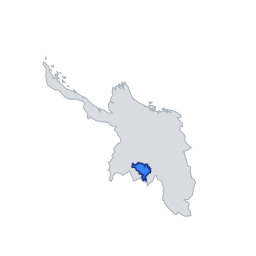 Lashio, Shan, Myanmar (highlighted), rotated 139°
{"feature_id": "60261553B9019752921327", "entity_name": "Lashio", "entity_type": "district", "adm_level": 2, "iso_a3": "MMR", "parent_name": "Myanmar", "parent_adm1": "Shan", "projection": "orthographic", "projection_center": [98.2, 22.767], "detail": "fine", "context": "in_parent", "style": "filled", "palette": "blue", "viewbox_px": 256, "rotation_deg": 139, "n_neighbors": 0, "source": "geoboundaries", "source_scale": "gbopen_adm2", "svg_char_len": 7281}
<svg xmlns="http://www.w3.org/2000/svg" viewBox="0 0 256 256"><g transform="rotate(139 128 128)"><path d="M165.4,115.4L162.9,114.2L161.1,115.4L158.2,115.0L158.6,117.4L156.9,118.3L154.1,118.1L152.4,121.8L146.4,122.8L142.5,122.1L140.4,125.5L140.2,129.3L139.2,131.6L139.6,135.5L137.0,136.6L135.5,136.3L136.3,138.2L138.3,139.0L139.5,143.1L139.1,144.7L147.2,154.2L149.7,161.6L151.6,160.6L152.2,161.3L151.4,163.3L148.9,164.8L148.6,172.7L144.5,174.6L144.6,177.2L145.1,179.0L148.7,184.2L152.8,187.8L155.1,191.6L155.6,197.1L155.0,199.4L156.1,202.7L158.2,204.9L160.6,213.6L155.8,221.3L150.9,226.4L150.3,231.7L148.7,233.5L148.0,231.8L147.6,226.2L150.0,222.7L150.7,215.8L152.2,214.4L151.4,213.7L149.5,214.2L150.2,208.6L149.1,208.4L150.0,207.2L148.8,197.9L145.1,191.4L144.6,188.6L144.0,192.4L143.6,191.6L143.4,186.5L141.3,180.9L141.5,180.4L142.5,180.9L141.6,179.6L140.9,179.9L140.2,178.5L139.1,166.8L137.7,165.2L138.3,160.1L139.3,158.9L135.4,159.4L133.6,155.1L133.5,152.7L129.7,149.2L130.3,150.3L129.6,151.5L130.3,153.5L128.6,157.1L127.0,158.8L124.9,159.5L123.3,158.4L122.9,156.4L122.3,156.4L123.7,160.2L117.5,163.2L116.5,165.4L113.2,168.3L112.3,167.9L112.8,164.0L110.9,167.1L108.3,167.1L107.8,162.9L106.7,165.3L105.2,166.0L105.7,159.1L105.3,161.1L102.8,163.8L100.3,164.6L101.0,158.9L104.4,149.8L104.7,146.8L103.1,139.5L100.4,133.3L101.2,133.2L99.3,131.4L99.2,126.8L98.0,128.4L97.8,131.3L95.4,129.7L93.2,125.7L94.1,125.4L96.8,127.3L98.3,126.3L98.7,125.0L94.6,121.0L95.7,119.5L94.3,119.5L90.8,117.5L89.7,117.8L90.2,119.5L89.4,119.9L88.1,117.4L89.1,116.2L88.3,116.1L88.9,113.9L88.6,113.6L86.8,116.4L85.8,115.7L87.0,114.3L86.6,113.4L85.1,111.6L85.1,114.7L81.6,109.7L79.7,102.9L81.4,101.3L84.2,103.4L84.2,95.2L85.5,93.5L88.4,95.0L89.3,93.0L90.5,92.5L89.9,86.8L90.9,83.2L92.9,82.7L93.5,79.7L93.9,75.8L93.1,71.3L94.8,72.4L96.8,72.1L101.5,73.7L103.4,68.6L107.9,60.3L106.4,58.4L106.7,57.2L110.6,52.8L112.6,48.9L111.9,45.4L112.8,42.5L116.3,40.7L123.9,35.0L129.5,34.3L131.7,36.6L133.2,36.8L131.0,31.3L135.7,27.3L135.6,24.1L137.8,20.7L139.1,20.9L140.2,22.5L141.4,22.5L143.5,25.0L145.6,31.8L147.2,30.6L149.2,31.6L150.1,41.7L149.6,47.5L148.4,48.9L149.3,51.3L147.3,52.2L146.0,54.5L144.0,54.7L142.6,57.9L140.6,58.4L139.5,60.9L139.7,62.8L138.1,63.9L137.5,67.2L138.9,68.5L139.4,70.2L137.8,73.9L139.1,74.1L144.7,71.6L148.6,72.1L151.3,71.5L149.6,74.0L151.3,77.2L151.6,82.3L157.5,83.6L158.5,84.9L157.2,86.5L155.2,94.6L163.0,95.6L163.3,98.8L165.0,99.9L165.2,101.6L166.3,102.1L170.5,102.0L172.9,99.8L176.1,98.8L176.3,100.6L175.6,101.9L172.2,103.8L169.8,107.5L169.7,108.4L170.8,109.1L166.8,110.6L165.4,115.4ZM95.6,123.6L98.1,125.2L97.6,126.3L96.0,126.3L94.9,124.3L95.6,123.6ZM145.8,203.5L147.5,205.8L145.9,207.4L145.8,203.5ZM95.1,133.7L93.8,132.8L93.0,131.5L95.8,131.6L95.1,133.7ZM148.2,213.4L148.3,216.4L147.2,216.1L146.6,213.6L148.2,213.4ZM104.1,164.7L102.4,166.6L102.1,164.9L104.6,162.6L104.1,164.7ZM137.6,162.5L136.6,161.9L136.4,160.1L137.3,159.6L137.9,160.4L137.6,162.5ZM144.8,217.1L144.6,216.1L145.7,213.7L145.5,215.8L144.8,217.1ZM144.2,222.8L145.6,225.1L145.4,225.5L144.1,223.7L143.2,223.8L144.2,222.8ZM149.2,211.7L147.7,212.3L147.6,210.2L149.2,211.7ZM145.6,233.3L143.6,235.3L143.9,234.2L145.6,233.3ZM87.6,117.7L88.2,120.2L87.1,117.2L87.6,117.7ZM145.9,198.7L145.8,200.5L145.3,197.5L145.9,198.7ZM93.3,119.7L93.5,121.3L92.5,119.0L93.3,119.7ZM143.8,209.5L142.7,208.5L143.1,207.9L143.7,208.0L143.8,209.5ZM143.1,206.8L142.3,208.0L141.6,207.3L142.2,206.7L143.1,206.8ZM143.2,214.2L143.2,215.3L142.4,212.8L143.2,214.2ZM106.7,167.0L105.9,167.0L107.0,165.7L107.1,166.2L106.7,167.0ZM148.5,223.0L147.7,222.8L148.3,221.6L148.5,223.0Z" fill="#d9dde1" stroke="#a8b0b8" stroke-width="1"/><path d="M138.8,81.0L138.7,81.1L138.8,81.3L139.1,81.4L139.0,81.8L139.2,82.0L139.0,82.3L138.9,82.3L138.9,82.1L138.7,82.1L138.6,82.3L138.4,82.3L138.2,82.4L137.9,82.5L138.0,82.6L138.2,82.9L138.4,82.9L138.5,82.9L138.6,83.4L138.4,83.4L138.1,83.5L138.1,83.9L137.9,83.9L137.6,83.9L137.6,84.0L137.7,84.3L137.9,84.3L137.8,84.5L138.2,84.7L138.4,84.5L138.6,84.6L138.5,84.8L138.4,84.9L138.5,85.0L138.4,85.0L138.3,85.3L138.2,85.3L138.3,85.4L138.3,85.5L138.2,85.6L138.2,85.8L138.2,86.0L138.3,86.1L138.0,86.4L137.9,86.6L137.6,86.8L137.4,86.9L137.4,87.0L137.6,87.1L137.4,87.4L137.4,87.5L137.2,87.8L137.4,87.9L137.5,87.9L137.7,88.1L137.8,88.1L137.9,88.5L138.0,88.5L138.1,88.8L138.5,88.9L138.8,88.7L139.3,88.7L139.4,88.8L139.5,88.7L139.5,88.8L139.6,88.7L139.8,88.5L139.8,88.4L140.1,88.2L140.2,87.9L140.3,87.7L140.4,87.8L140.6,87.9L140.7,88.0L140.7,88.5L140.5,88.8L140.5,89.1L140.1,89.7L140.2,90.0L140.2,90.3L140.2,90.5L140.2,90.9L140.3,91.3L140.3,91.6L140.3,91.9L140.7,92.1L140.9,92.2L141.2,92.2L141.4,92.4L141.5,92.4L141.7,92.6L141.6,92.8L141.9,93.1L142.0,93.2L142.0,93.6L142.1,93.8L142.3,94.0L142.6,94.1L142.6,94.3L142.4,94.4L142.5,94.4L142.4,94.4L142.4,94.5L142.5,94.7L142.9,94.5L143.1,94.4L143.3,94.5L143.5,94.5L143.9,94.8L143.9,95.0L144.0,95.1L144.0,95.3L144.3,95.2L144.6,94.9L144.7,95.0L144.8,94.9L145.4,94.8L145.6,94.8L145.7,94.7L145.8,94.8L146.0,95.1L146.2,95.3L146.3,95.3L146.4,95.2L146.6,95.3L147.0,95.2L147.0,95.3L147.1,95.5L146.9,95.6L147.0,95.8L147.1,96.0L147.3,96.2L147.4,96.3L147.5,96.3L147.6,96.6L147.6,96.9L147.5,97.0L147.5,97.3L147.4,97.6L147.3,97.8L147.5,97.9L147.8,97.8L147.8,97.7L148.0,97.8L148.0,97.7L148.4,97.5L148.7,97.3L148.8,97.1L149.3,96.9L149.5,96.7L149.9,96.6L150.0,96.5L150.1,96.4L150.2,96.2L150.3,96.0L150.2,95.9L150.2,95.7L150.5,95.7L150.5,95.8L150.6,95.7L150.6,95.4L150.0,95.2L149.6,95.0L149.4,94.7L149.3,94.4L149.1,94.3L149.1,94.2L149.0,93.9L148.8,93.7L148.7,93.4L148.5,93.2L148.5,92.6L148.6,92.4L148.7,92.2L148.8,92.0L148.8,91.8L148.9,91.7L149.0,91.6L149.0,91.4L149.1,91.1L149.3,90.9L149.2,90.8L149.2,90.2L149.0,89.7L148.6,89.1L148.6,88.8L148.4,88.8L148.4,88.7L148.4,88.2L148.2,88.0L148.2,87.9L148.3,87.7L148.0,87.2L148.3,86.7L148.5,86.6L148.9,86.6L149.3,86.5L149.4,86.3L149.5,86.1L149.5,85.7L148.6,85.3L148.4,84.9L148.1,85.0L147.9,85.0L147.9,84.9L147.8,84.6L147.6,84.5L147.6,84.2L148.0,83.9L148.3,83.7L148.4,83.4L148.0,83.2L148.0,82.9L147.9,82.9L147.5,82.7L147.4,82.6L147.0,82.4L147.2,82.2L147.4,82.3L147.4,82.2L147.6,82.1L147.8,82.2L148.0,82.1L147.9,82.1L148.5,81.9L148.8,81.8L149.0,81.9L149.3,82.0L149.5,81.9L149.8,81.6L150.0,81.7L150.1,81.0L150.1,80.9L150.0,80.5L149.9,80.4L150.1,80.3L150.1,80.2L149.9,80.1L149.6,79.9L149.6,79.7L149.8,79.4L150.1,79.5L150.2,79.4L150.3,79.4L150.2,79.6L150.3,79.6L150.5,79.2L151.0,79.1L151.0,78.9L151.0,78.6L150.9,78.6L150.7,78.4L150.5,78.2L150.2,78.3L150.1,78.5L149.9,78.6L149.6,78.8L149.4,78.8L149.2,78.9L148.9,79.2L148.6,78.9L148.7,78.7L148.8,78.5L148.9,78.3L149.0,78.1L149.2,77.9L149.3,77.7L149.2,77.3L149.0,77.0L149.0,76.9L148.8,76.6L148.7,76.4L148.6,76.7L148.6,76.8L148.5,77.0L148.3,77.3L148.2,77.3L148.1,77.5L147.9,77.9L147.6,78.1L147.3,78.7L147.5,79.0L147.5,79.3L147.4,79.4L147.4,79.5L147.0,79.5L147.0,79.9L147.0,80.0L146.5,80.1L146.2,80.1L145.9,80.1L145.6,80.0L145.3,80.1L145.2,79.9L144.8,80.2L144.5,80.4L144.3,80.4L144.1,80.3L143.9,80.2L143.7,80.0L143.6,79.9L142.8,80.5L142.6,80.6L142.4,80.6L142.1,80.6L141.9,80.7L141.4,80.6L141.0,80.4L140.9,80.2L140.8,79.9L140.7,79.9L140.4,79.9L140.4,80.0L140.2,80.0L140.2,79.9L140.1,80.0L139.9,80.2L139.8,80.3L139.7,80.4L139.4,80.5L139.3,80.8L139.3,81.0L139.1,81.1L138.8,81.0Z" fill="#3b82f6" stroke="#1e3a8a" stroke-width="1.5"/></g></svg>